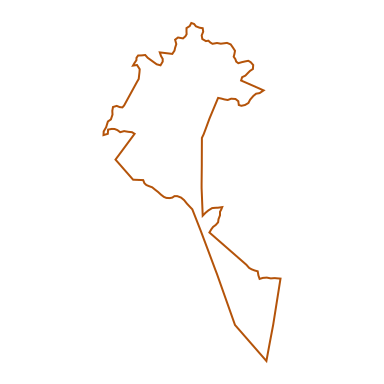 outline of Baturité, Ceará, Brazil
{"feature_id": "56859067B81939752180598", "entity_name": "Baturité", "entity_type": "district", "adm_level": 2, "iso_a3": "BRA", "parent_name": "Brazil", "parent_adm1": "Ceará", "projection": "albers", "projection_center": [-38.851, -4.425], "detail": "fine", "context": "isolated", "style": "outline", "palette": "amber", "viewbox_px": 384, "rotation_deg": 0, "n_neighbors": 0, "source": "geoboundaries", "source_scale": "gbopen_adm2", "svg_char_len": 2114}
<svg xmlns="http://www.w3.org/2000/svg" viewBox="0 0 384 384"><path d="M263.6,90.4L241.1,80.5L242.1,77.2L245.4,75.6L248.2,72.7L250.0,70.9L252.9,69.0L253.2,65.0L250.7,62.2L248.3,60.8L245.2,61.4L241.7,62.2L238.3,63.2L236.2,61.6L235.4,59.2L233.7,56.7L234.4,54.1L235.0,50.8L233.0,47.7L230.7,44.4L227.0,42.9L224.0,43.3L220.8,43.7L217.0,43.0L212.5,43.8L210.3,42.5L208.4,40.7L205.9,41.1L202.3,39.0L201.7,35.4L203.2,31.7L202.7,28.2L199.5,27.7L195.9,26.3L194.1,24.0L191.3,23.0L189.7,26.1L186.5,28.1L186.5,31.5L186.6,34.2L185.4,36.3L183.0,38.4L178.0,37.5L175.1,39.7L176.3,44.1L175.1,47.8L174.5,50.6L172.3,53.9L159.8,52.4L161.0,56.0L162.7,58.9L162.7,61.6L160.5,65.3L156.7,64.3L147.7,57.8L145.2,55.0L141.8,55.4L138.1,55.5L136.5,57.8L136.4,60.2L134.3,63.3L133.0,65.6L137.0,65.0L139.7,69.2L139.5,72.0L138.7,79.0L137.0,81.9L124.1,105.5L122.4,107.4L119.7,107.1L116.7,105.9L113.0,107.0L112.3,110.8L112.5,114.6L110.9,119.4L107.9,121.5L106.1,127.3L103.7,131.4L103.5,135.1L107.8,133.8L108.1,129.6L111.8,128.9L114.6,129.0L117.4,130.1L120.2,132.2L124.1,131.1L128.2,131.8L132.0,132.2L134.6,133.8L115.5,159.6L123.9,169.2L133.1,179.7L143.2,180.1L144.4,183.2L146.3,185.0L148.9,186.1L152.2,187.3L155.0,189.6L158.1,192.0L160.9,194.6L163.9,196.9L166.3,197.9L169.7,198.1L172.3,197.6L174.5,196.1L177.2,196.1L181.1,197.6L184.1,200.1L186.9,203.6L189.8,206.7L192.3,209.3L200.7,230.7L208.1,250.4L215.2,269.4L217.0,274.1L235.0,325.0L266.4,361.0L269.8,342.6L273.2,324.7L280.5,278.6L277.9,278.4L274.6,278.1L270.8,278.4L266.8,277.6L262.9,277.9L259.6,278.9L258.4,275.4L257.7,271.3L254.7,270.5L251.6,269.3L249.1,267.9L246.5,264.9L209.4,232.5L211.3,229.3L213.1,226.9L215.7,225.0L218.1,222.3L218.5,219.2L220.0,215.3L220.0,211.8L221.2,209.6L222.2,207.1L218.1,207.7L215.2,207.8L212.1,208.1L208.4,210.4L205.5,212.8L202.7,215.7L201.6,188.1L201.6,183.9L201.8,165.0L201.8,160.6L201.9,137.9L203.6,134.4L205.5,129.4L209.5,118.5L218.1,97.9L221.5,98.6L224.3,99.4L227.7,100.0L231.2,98.7L235.5,99.0L238.3,101.2L238.8,105.0L241.4,105.8L245.0,105.0L248.4,103.0L250.1,99.7L253.4,95.9L256.1,93.7L259.6,93.1L263.6,90.4Z" fill="none" stroke="#b45309" stroke-width="2"/></svg>